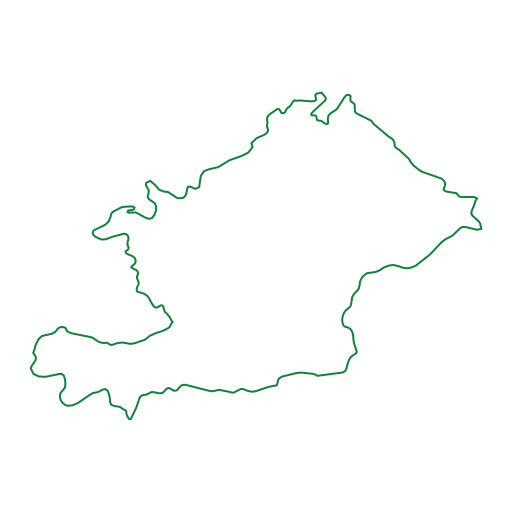 the border of Osh
{"feature_id": "KGZ-1122", "entity_name": "Osh", "entity_type": "Region", "adm_level": 1, "iso_a3": "KGZ", "parent_name": "Kyrgyzstan", "parent_adm1": "", "projection": "natural_earth1", "projection_center": [73.025, 40.164], "detail": "fine", "context": "isolated", "style": "outline", "palette": "green", "viewbox_px": 512, "rotation_deg": 0, "n_neighbors": 0, "source": "natural_earth", "source_scale": "10m", "svg_char_len": 5865}
<svg xmlns="http://www.w3.org/2000/svg" viewBox="0 0 512 512"><path d="M477.1,198.4L475.5,200.7L475.0,202.4L474.8,203.0L473.8,206.1L472.2,209.6L471.2,213.0L472.2,215.5L478.5,221.1L480.1,223.3L481.3,228.8L477.1,229.8L465.9,227.1L462.9,226.9L460.4,227.9L453.6,234.6L451.4,236.2L446.2,238.8L441.7,242.0L430.0,254.5L415.7,265.7L410.9,267.7L406.8,268.3L402.7,267.7L398.1,266.0L393.5,265.0L388.7,265.6L384.1,267.4L379.9,270.2L375.6,272.0L366.9,273.2L363.3,276.1L361.9,277.8L360.8,279.8L360.0,282.0L359.7,284.4L358.9,288.4L356.7,291.2L354.1,293.8L352.2,297.1L351.1,304.1L350.5,306.0L349.5,307.4L345.6,310.5L344.0,312.9L342.8,315.9L342.2,319.2L342.4,322.5L343.7,325.8L345.5,326.9L347.8,327.4L350.4,329.0L352.3,331.9L353.1,335.4L353.8,342.6L356.8,351.6L356.1,353.4L353.2,355.2L351.0,356.9L349.3,359.3L347.8,363.1L346.3,368.9L345.0,371.2L342.7,372.5L317.5,375.8L313.7,373.9L301.3,372.6L296.6,373.0L282.0,376.6L278.7,378.8L277.7,381.4L277.4,383.7L276.5,385.4L268.8,386.8L255.2,391.4L251.0,391.7L246.3,390.4L243.9,389.3L242.3,388.8L240.5,389.1L234.0,392.5L232.0,392.6L229.6,391.9L221.2,390.2L218.5,390.0L212.7,391.2L210.6,391.2L185.9,384.9L183.6,384.8L181.3,385.5L179.9,386.7L177.4,389.8L175.9,390.7L173.7,390.7L170.3,388.5L168.3,388.0L166.8,388.6L162.6,392.9L160.4,393.3L158.1,393.2L153.7,392.1L151.4,392.1L146.4,394.6L143.5,395.0L141.1,395.8L139.4,398.4L136.4,407.4L130.8,419.1L129.3,419.2L127.9,417.3L126.6,414.5L126.3,412.9L126.3,411.6L125.9,410.6L123.1,409.2L121.0,407.6L119.9,406.9L114.1,406.0L111.3,404.8L110.1,402.3L109.9,398.8L109.1,394.5L107.7,390.9L105.4,389.1L102.9,389.5L98.2,392.0L93.2,393.0L90.9,394.1L77.7,403.2L72.8,405.2L67.8,405.8L65.3,405.0L62.8,403.2L60.9,400.5L59.9,397.2L60.2,393.7L61.6,391.6L63.4,389.8L64.9,387.3L65.4,384.0L65.1,379.6L63.9,375.8L61.8,373.9L59.2,374.0L45.5,376.8L39.0,376.5L33.5,374.0L30.7,368.2L31.9,365.6L35.3,360.7L36.0,358.2L35.2,355.6L33.3,353.0L33.2,352.9L34.3,350.1L35.5,345.4L35.9,344.3L38.8,338.9L42.0,336.0L52.4,333.6L54.8,332.2L56.4,330.6L57.8,328.6L58.9,327.8L60.5,327.2L62.9,327.1L64.8,327.5L65.8,328.3L66.6,330.5L67.6,331.5L69.5,332.5L71.6,333.3L91.2,337.2L93.3,338.1L94.1,338.8L95.2,339.4L98.1,341.5L99.8,342.2L102.7,342.9L104.7,343.0L106.7,342.7L107.7,343.2L110.3,344.8L111.7,344.9L113.1,344.6L116.0,343.5L118.1,343.0L122.3,342.5L130.7,343.9L135.4,343.1L138.5,341.8L142.7,340.6L144.7,339.8L146.3,338.8L149.8,335.8L156.2,333.0L162.8,330.9L167.5,328.5L168.7,327.7L169.6,327.0L170.1,326.2L170.8,324.3L172.5,322.2L169.5,316.8L166.6,313.4L164.9,311.8L164.2,310.2L163.3,306.6L162.5,305.6L161.1,305.3L159.8,305.9L157.4,307.5L156.1,307.6L153.9,306.5L151.1,302.3L149.1,298.3L147.7,296.3L146.2,295.1L144.0,293.7L142.2,293.0L138.7,292.2L137.3,291.6L136.8,290.6L136.7,289.4L136.9,288.1L137.5,286.4L138.3,285.0L138.7,283.4L138.5,281.7L137.3,279.1L136.9,277.5L137.0,276.1L137.7,275.0L138.0,273.9L137.8,272.1L137.1,270.9L135.8,269.8L131.6,267.8L131.3,267.0L131.8,266.3L134.7,263.8L135.6,261.9L135.4,259.4L134.5,257.6L132.6,256.2L127.1,253.9L125.8,252.8L125.5,251.7L126.1,250.9L127.4,250.2L128.3,249.2L128.7,247.6L127.8,245.8L127.5,244.4L127.5,242.6L128.3,239.5L128.5,237.9L127.6,235.3L126.2,234.1L124.1,233.7L112.3,236.8L105.8,239.3L101.1,239.5L100.0,238.9L96.2,237.2L93.7,235.4L92.7,232.9L93.5,230.5L105.0,224.9L108.6,221.6L110.5,216.9L111.3,213.8L112.6,212.0L121.5,207.3L123.7,206.8L129.8,206.5L130.8,206.4L133.3,206.7L134.5,207.6L134.0,209.3L132.0,210.0L129.8,210.2L128.2,210.6L127.6,212.1L129.2,212.7L135.3,212.4L137.2,213.1L145.1,217.5L148.7,218.8L151.9,218.2L154.6,214.6L156.0,210.4L156.2,206.5L155.4,204.6L154.8,203.2L149.0,199.2L147.8,197.6L147.8,195.8L148.7,193.0L148.7,190.1L145.9,185.4L146.3,182.7L150.3,180.9L154.7,184.7L159.1,189.6L163.0,191.4L168.1,192.1L177.5,198.2L182.8,198.0L184.8,196.4L186.1,194.3L186.7,192.0L186.9,189.5L188.0,186.7L190.4,186.7L195.3,188.9L199.2,187.1L200.8,176.0L203.9,171.3L208.6,169.4L218.2,167.1L229.6,160.2L242.1,155.8L248.5,152.4L252.5,147.2L251.8,143.9L250.7,143.6L250.8,143.6L253.1,141.6L256.7,138.1L264.5,134.7L266.3,133.4L267.5,132.1L267.8,131.0L268.0,130.0L267.9,129.1L267.6,128.0L267.2,127.1L266.9,126.2L266.9,125.4L267.3,123.5L267.5,122.5L267.1,120.0L267.1,118.6L267.6,116.7L268.6,115.4L269.7,114.3L276.7,109.4L277.5,109.0L278.3,109.0L279.0,109.3L279.7,110.0L280.3,110.9L281.1,112.4L281.5,112.8L281.9,113.1L282.8,113.1L283.8,112.9L284.9,112.4L286.1,110.0L287.0,108.5L288.0,107.6L289.6,106.6L290.5,105.5L293.0,101.6L293.8,100.7L294.3,100.2L295.1,100.5L295.8,100.7L300.3,100.5L311.6,101.4L313.0,101.3L315.0,100.7L315.7,100.3L316.1,99.6L316.1,99.0L316.0,98.3L315.7,97.6L315.4,96.8L315.2,95.8L315.7,94.4L316.2,93.9L317.1,93.5L321.1,92.8L321.9,92.8L322.3,93.3L323.3,94.7L325.0,96.8L325.4,97.3L325.7,97.9L325.8,98.7L325.6,99.7L324.9,100.8L313.7,111.0L312.1,112.7L311.5,113.6L311.2,114.4L311.4,114.9L312.0,115.3L315.4,115.5L316.0,115.9L316.4,116.5L316.5,117.4L316.6,118.4L316.8,119.4L317.3,120.1L318.3,120.5L320.6,120.8L321.5,121.1L322.2,121.5L323.8,122.8L324.9,123.5L326.7,124.0L327.5,123.9L328.0,123.5L328.1,122.8L328.1,121.9L327.9,119.7L327.8,118.4L328.1,117.1L328.5,115.8L329.7,114.3L331.2,112.9L336.3,109.6L337.1,108.8L344.2,97.6L346.3,95.2L348.5,94.9L349.8,95.5L350.5,96.1L350.6,96.9L350.3,99.2L350.5,100.7L351.3,101.7L354.1,103.7L354.7,104.9L354.8,106.5L354.7,108.7L355.0,111.2L355.5,112.4L356.2,113.2L371.4,120.8L373.2,123.4L373.8,124.1L388.4,136.4L391.8,138.5L392.7,139.4L393.4,140.4L394.2,142.2L394.5,143.5L394.6,145.6L394.8,146.5L395.5,147.3L396.9,148.5L399.1,149.8L404.1,154.4L408.5,158.5L409.5,159.8L410.7,162.0L411.6,163.3L413.9,165.8L419.4,170.2L422.1,171.8L440.7,178.3L442.1,179.1L443.9,180.8L444.6,182.0L445.0,183.0L445.1,183.9L445.1,184.9L444.9,185.8L444.6,186.8L444.2,187.7L443.6,189.7L444.6,190.7L446.6,191.6L456.4,193.2L457.4,194.3L458.6,195.9L459.2,196.5L460.9,196.9L463.2,197.1L473.6,196.9L477.1,198.3L477.1,198.4Z" fill="none" stroke="#15803d" stroke-width="2"/></svg>